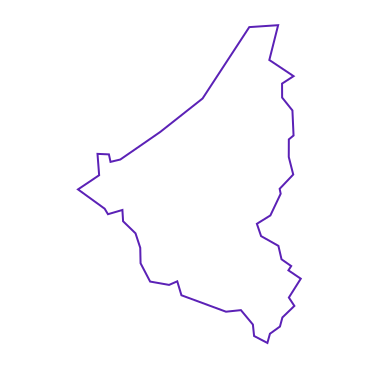 Taylor, Kentucky, United States of America (orthographic projection), rotated 84°
{"feature_id": "52423323B50418861880933", "entity_name": "Taylor", "entity_type": "district", "adm_level": 2, "iso_a3": "USA", "parent_name": "United States of America", "parent_adm1": "Kentucky", "projection": "orthographic", "projection_center": [-85.294, 37.338], "detail": "fine", "context": "isolated", "style": "outline", "palette": "violet", "viewbox_px": 384, "rotation_deg": 84, "n_neighbors": 0, "source": "geoboundaries", "source_scale": "gbopen_adm2", "svg_char_len": 761}
<svg xmlns="http://www.w3.org/2000/svg" viewBox="0 0 384 384"><g transform="rotate(84 192 192)"><path d="M107.5,92.5L93.6,91.1L87.4,78.9L68.8,101.3L35.1,88.9L34.0,117.8L100.1,171.7L129.0,217.4L152.2,259.9L153.5,269.9L145.9,270.7L144.2,282.0L165.6,282.6L177.5,305.1L199.5,280.6L205.3,277.9L202.6,263.1L213.9,263.6L227.2,252.5L242.1,249.3L257.5,250.6L276.7,243.0L282.0,224.5L279.3,216.0L293.6,213.3L314.6,170.7L314.6,155.7L330.2,145.3L341.7,145.3L350.0,132.8L341.1,129.3L335.0,118.6L326.2,115.2L316.0,102.1L307.1,106.7L289.6,92.9L280.0,104.3L276.0,101.1L268.3,110.0L254.6,111.7L243.1,127.9L230.4,130.8L223.5,116.5L203.0,104.0L198.0,104.5L185.2,89.5L167.3,92.1L149.8,90.2L146.4,85.1L121.4,83.6L107.5,92.5Z" fill="none" stroke="#5b21b6" stroke-width="2"/></g></svg>